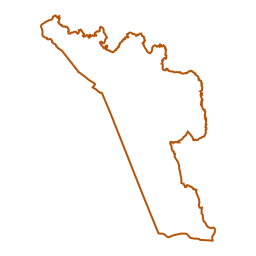 Qibing, Mafeteng, Lesotho (Robinson projection)
{"feature_id": "5366337B9328437172826", "entity_name": "Qibing", "entity_type": "district", "adm_level": 2, "iso_a3": "LSO", "parent_name": "Lesotho", "parent_adm1": "Mafeteng", "projection": "robinson", "projection_center": [27.156, -29.771], "detail": "fine", "context": "isolated", "style": "outline", "palette": "amber", "viewbox_px": 256, "rotation_deg": 0, "n_neighbors": 0, "source": "geoboundaries", "source_scale": "gbopen_adm2", "svg_char_len": 5665}
<svg xmlns="http://www.w3.org/2000/svg" viewBox="0 0 256 256"><path d="M212.6,240.6L212.2,236.6L214.6,232.9L214.9,230.8L214.9,229.2L214.5,228.4L213.3,227.6L211.1,228.0L210.0,227.9L207.8,226.9L206.8,225.7L204.9,222.2L203.6,221.3L202.8,217.5L203.0,216.1L202.7,214.9L201.5,213.5L201.7,211.7L201.5,210.7L202.0,207.6L200.1,207.9L199.4,207.1L198.9,206.1L198.9,204.9L199.4,202.9L199.1,199.5L196.1,192.1L196.1,190.9L196.4,189.8L195.7,189.5L195.2,189.8L193.9,188.9L193.4,189.2L192.7,187.9L192.0,187.5L191.6,186.9L190.9,186.6L190.4,186.8L189.9,186.2L187.4,185.1L187.1,185.1L186.6,185.8L186.3,187.0L185.1,187.0L185.1,186.1L183.9,184.8L183.7,183.9L181.4,183.1L181.4,178.8L180.6,175.6L180.0,171.4L179.3,169.2L179.1,165.5L177.6,161.4L174.9,157.4L174.6,155.2L175.1,154.0L174.9,153.6L174.1,153.5L173.5,152.0L173.7,151.7L172.6,150.9L172.5,150.2L171.8,149.2L171.5,146.3L171.1,145.2L170.5,144.5L170.7,143.3L170.2,143.1L170.4,142.0L170.7,141.9L171.8,141.9L172.5,142.6L173.1,142.4L173.3,142.6L173.8,142.4L173.9,142.7L174.4,142.1L175.8,141.9L176.4,142.2L177.1,142.0L177.6,142.4L179.3,142.4L178.6,141.1L181.0,139.9L183.1,138.0L183.6,137.0L185.9,135.3L187.8,131.7L191.2,135.4L193.0,138.4L193.3,140.0L193.9,140.2L195.4,139.6L196.5,140.3L197.8,139.8L199.6,138.3L200.8,138.1L202.2,136.9L204.0,136.6L204.6,135.7L205.9,132.7L205.5,130.2L206.5,129.2L206.2,128.2L206.3,127.7L205.5,127.2L205.4,126.8L205.9,125.6L205.7,125.0L206.4,124.6L205.9,123.8L206.2,120.8L205.8,120.5L205.5,119.6L206.2,119.3L206.2,119.0L205.8,118.5L205.3,118.8L205.0,118.6L205.7,117.6L205.0,117.0L204.8,116.1L205.2,115.4L204.8,114.8L205.4,111.8L204.2,110.6L204.1,110.2L204.5,109.8L202.8,109.1L202.1,106.3L200.9,104.9L200.9,104.6L201.8,104.0L201.0,102.7L201.2,102.3L201.8,102.6L201.9,102.2L201.8,101.5L201.5,101.2L201.5,100.5L202.2,100.5L202.5,100.2L202.5,99.5L202.1,99.1L201.4,97.2L200.9,96.8L200.9,95.8L200.7,95.2L201.0,94.8L202.1,94.8L202.1,94.2L200.9,94.0L201.1,93.5L201.5,93.6L201.9,93.2L200.9,92.6L200.8,91.6L200.3,91.3L202.0,90.4L201.9,89.4L202.3,86.9L201.5,86.0L202.0,84.3L201.3,83.9L201.8,82.9L200.9,81.6L201.0,80.9L200.6,80.5L200.2,80.7L198.6,79.8L198.6,79.4L199.0,78.9L198.3,78.1L198.5,77.4L198.3,76.8L196.7,75.3L195.4,74.7L195.5,73.7L195.3,73.4L194.3,73.3L193.9,72.5L192.8,72.1L192.2,71.2L190.8,70.7L190.4,70.8L190.3,71.3L188.7,71.5L187.8,72.1L187.0,73.2L185.6,72.9L184.5,73.4L182.5,73.6L180.2,72.7L180.0,72.1L179.0,72.4L177.4,72.1L174.6,72.3L172.4,71.4L170.7,71.4L168.9,70.9L168.2,70.4L167.6,69.1L167.0,68.7L166.5,68.7L166.0,69.1L166.0,70.0L165.8,70.2L164.8,70.3L163.4,69.9L162.6,68.9L162.8,64.6L162.5,64.1L161.6,63.7L162.5,62.6L162.0,61.0L163.2,60.3L162.8,59.4L163.6,58.6L164.8,58.0L165.8,58.7L166.4,57.5L166.2,56.6L166.4,55.6L165.3,54.8L165.6,54.3L165.5,53.9L165.8,52.2L165.6,50.4L166.0,50.0L166.0,49.6L164.9,48.5L164.9,48.0L165.4,47.8L164.9,46.7L163.6,45.4L162.8,46.3L161.5,46.3L161.2,45.0L160.0,44.4L159.5,45.4L160.0,46.7L159.7,46.9L159.1,46.3L158.2,45.9L157.8,45.9L157.0,46.7L155.3,45.3L154.7,45.3L153.3,46.2L152.1,48.0L152.2,49.9L151.3,52.1L150.0,53.3L149.4,53.0L147.9,52.2L146.9,51.2L146.5,50.1L144.8,47.6L143.7,45.2L143.6,44.2L143.3,44.3L142.8,43.6L142.6,42.9L144.2,42.0L144.1,41.3L145.0,40.4L144.7,40.1L144.6,39.3L144.2,38.9L143.9,37.9L143.9,36.8L143.2,36.3L142.1,36.1L141.4,33.7L139.6,33.7L138.6,34.8L137.8,35.3L137.2,34.8L136.2,35.7L136.0,35.0L135.3,34.8L134.0,33.9L132.6,34.0L131.7,33.0L130.8,32.6L129.3,32.7L128.6,33.6L128.3,33.5L127.8,33.9L127.2,34.0L127.0,34.9L127.4,35.8L128.4,36.9L128.2,37.4L127.7,37.5L126.3,37.0L124.9,37.7L124.7,38.2L125.2,38.6L125.0,39.2L124.5,39.5L123.2,39.4L122.6,40.2L122.6,41.0L121.9,41.2L121.4,42.2L120.5,42.5L119.6,43.7L119.8,44.4L119.1,45.0L119.2,45.9L118.7,47.0L117.8,47.1L117.7,48.1L116.2,49.0L116.2,50.0L115.2,50.2L113.4,52.1L112.7,52.3L110.7,51.3L110.1,51.3L109.6,50.5L109.1,50.6L106.6,49.8L106.3,49.3L107.3,46.2L107.1,45.6L106.3,45.6L105.3,46.3L105.1,48.3L104.2,48.5L101.6,45.4L100.0,43.0L99.9,42.5L100.3,42.0L101.1,41.6L101.9,42.0L102.4,42.8L103.0,43.3L103.5,43.4L104.3,42.9L105.4,39.2L107.0,37.6L105.6,35.5L105.5,34.4L104.7,33.8L103.6,32.2L103.7,29.7L102.8,27.9L101.4,27.3L100.8,26.8L100.1,27.3L99.6,29.6L99.8,30.6L99.6,31.1L98.4,31.6L97.5,31.3L97.0,31.4L96.1,32.3L95.3,32.5L94.6,33.6L94.6,34.2L96.0,35.0L96.0,35.6L94.4,35.4L94.1,36.0L93.6,36.1L92.4,35.3L90.9,36.4L90.5,36.4L90.1,34.8L89.8,34.7L89.4,35.1L89.8,36.3L89.7,37.1L89.4,37.6L89.0,37.6L88.7,37.6L87.6,35.5L87.1,35.1L86.5,35.2L85.3,36.3L83.7,36.7L83.1,36.3L82.8,35.7L84.0,34.6L83.9,33.6L82.9,32.9L82.1,31.3L81.4,31.1L80.8,29.6L78.7,30.3L78.9,31.3L78.8,32.4L78.5,33.1L77.8,33.7L76.6,32.8L76.4,32.3L75.6,31.7L73.8,31.9L72.6,32.6L71.2,32.7L70.4,33.5L68.6,33.5L68.6,32.9L68.1,31.6L68.7,31.3L68.8,30.9L68.6,29.0L68.0,28.7L67.4,27.1L66.4,26.6L65.4,27.0L64.3,26.3L63.2,26.6L62.2,26.2L61.7,25.7L61.6,25.0L60.8,25.0L60.3,24.7L59.9,24.0L59.3,23.8L58.8,22.2L58.3,22.2L59.4,19.5L58.8,18.6L59.7,18.0L59.2,17.0L59.2,16.2L58.3,16.7L57.5,17.7L56.0,16.4L55.8,15.5L55.4,15.4L53.0,16.7L52.6,18.4L51.6,19.6L48.8,20.4L45.7,21.9L41.7,24.6L41.1,25.4L41.1,26.8L42.6,31.2L42.4,34.9L42.9,36.2L45.2,37.6L46.9,37.9L47.2,39.2L48.1,39.4L50.2,38.9L50.8,39.1L52.1,41.1L52.1,42.1L52.8,42.5L53.5,43.5L54.7,43.9L55.5,44.5L56.1,45.4L56.1,46.1L57.1,46.9L57.8,48.0L58.4,48.1L59.0,48.9L61.7,50.4L78.3,71.6L78.4,72.2L79.2,72.4L85.5,77.1L88.8,79.9L94.6,83.5L95.0,84.5L92.7,87.4L96.8,89.9L97.1,90.5L98.4,91.6L99.1,91.8L100.1,92.8L101.0,92.6L101.9,93.0L110.4,113.1L142.8,194.9L158.5,233.4L163.1,233.8L164.3,234.3L167.1,236.7L168.4,237.2L170.0,236.8L171.7,235.8L179.4,233.9L181.3,233.6L184.9,233.6L186.7,233.9L190.2,237.7L191.1,238.0L194.1,238.6L197.3,238.7L199.3,239.2L200.2,239.9L212.6,240.6Z" fill="none" stroke="#b45309" stroke-width="2"/></svg>